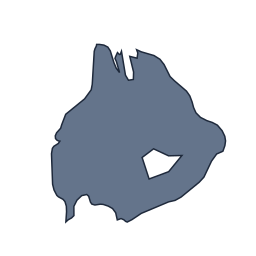 the Province of Pampanga, rotated 162°
{"feature_id": "PHL-2558", "entity_name": "Pampanga", "entity_type": "Province", "adm_level": 1, "iso_a3": "PHL", "parent_name": "Philippines", "parent_adm1": "", "projection": "natural_earth1", "projection_center": [120.674, 15.026], "detail": "fine", "context": "isolated", "style": "filled", "palette": "slate", "viewbox_px": 256, "rotation_deg": 162, "n_neighbors": 0, "source": "natural_earth", "source_scale": "10m", "svg_char_len": 1401}
<svg xmlns="http://www.w3.org/2000/svg" viewBox="0 0 256 256"><g transform="rotate(162 128 128)"><path d="M132.0,217.2L129.5,216.4L125.3,214.3L122.2,211.2L121.0,206.8L121.2,194.5L120.7,188.4L118.9,183.3L118.5,195.0L118.9,198.1L118.0,199.4L114.7,203.0L113.5,200.6L112.6,200.4L110.5,203.0L114.1,179.0L112.8,173.3L107.9,172.5L105.4,179.5L104.2,195.6L97.8,191.6L95.5,196.3L95.6,199.8L91.9,196.4L80.9,188.9L76.4,183.5L74.1,177.2L72.1,163.9L69.3,158.6L61.0,145.0L59.3,139.4L59.0,132.9L59.3,127.1L58.7,121.5L55.8,115.7L50.8,110.7L46.1,107.2L42.1,103.1L39.3,96.2L38.5,90.2L39.2,85.6L41.3,81.3L44.9,76.6L51.7,75.9L58.8,70.7L71.0,57.8L77.1,54.4L98.9,45.9L105.6,44.6L112.2,45.2L141.7,42.7L152.7,39.6L157.8,38.8L159.1,39.9L160.4,42.1L162.6,44.0L166.6,43.9L165.9,51.2L167.6,56.2L170.9,59.8L175.2,63.0L177.9,64.1L183.3,65.0L185.9,66.8L186.6,69.1L186.5,75.3L187.8,77.5L192.9,78.0L198.9,75.1L203.7,70.2L206.5,61.4L209.5,59.9L213.2,59.2L216.1,57.9L212.3,67.4L210.8,72.7L210.7,77.5L211.8,80.2L215.4,84.0L216.5,85.9L217.5,91.9L217.1,97.8L208.7,127.2L206.2,132.0L204.2,133.5L199.1,134.8L196.9,136.5L197.7,136.9L199.2,138.2L200.2,140.3L199.6,143.0L197.4,145.5L192.1,148.6L190.2,151.4L183.0,160.3L160.3,169.1L151.2,175.7L148.5,180.6L136.4,211.4L134.8,213.7L132.8,215.7L132.0,217.2ZM110.1,100.3L123.7,95.6L123.7,73.0L102.8,73.9L85.2,85.2L98.0,89.0L110.1,100.3Z" fill="#64748b" stroke="#1e293b" stroke-width="1.5"/></g></svg>